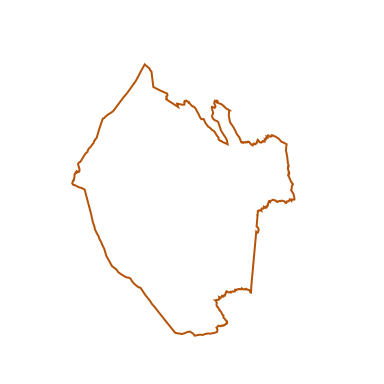 "Søndre Land" nor, Oppland, Norway (Robinson projection), rotated 61°
{"feature_id": "86288312B15696105865546", "entity_name": "\"Søndre Land\" nor", "entity_type": "district", "adm_level": 2, "iso_a3": "NOR", "parent_name": "Norway", "parent_adm1": "Oppland", "projection": "robinson", "projection_center": [10.325, 60.703], "detail": "fine", "context": "isolated", "style": "outline", "palette": "amber", "viewbox_px": 384, "rotation_deg": 61, "n_neighbors": 0, "source": "geoboundaries", "source_scale": "gbopen_adm2", "svg_char_len": 6049}
<svg xmlns="http://www.w3.org/2000/svg" viewBox="0 0 384 384"><g transform="rotate(61 192 192)"><path d="M187.2,90.4L184.3,92.0L181.4,94.1L181.0,94.7L181.6,94.9L182.0,95.5L181.5,96.0L181.5,96.8L180.3,97.6L179.6,97.7L179.3,98.2L179.9,98.9L180.9,99.4L180.2,99.8L180.9,99.9L180.7,101.1L181.3,101.2L181.3,101.6L181.9,102.0L181.9,102.6L181.4,102.9L181.9,103.1L182.6,103.9L183.1,104.1L182.6,105.0L182.0,105.0L181.8,105.3L181.9,105.7L182.2,105.8L182.0,106.6L182.4,107.1L181.8,108.3L181.0,108.8L179.6,108.8L178.3,109.2L179.2,110.5L179.9,110.8L180.5,111.6L180.4,112.5L181.0,113.1L181.0,113.4L180.0,114.1L180.1,114.8L179.6,115.0L180.1,115.9L180.7,116.4L180.6,116.6L178.2,117.4L176.0,117.7L175.7,118.3L175.1,118.5L175.0,119.1L175.4,119.3L175.4,119.5L174.5,120.4L174.7,120.9L174.4,121.1L174.5,121.4L173.8,122.3L173.9,123.0L173.2,123.1L172.7,123.6L172.6,123.9L173.0,124.4L172.6,124.8L167.0,124.1L163.5,124.7L156.3,124.3L149.2,124.9L142.3,122.5L141.5,121.7L138.8,120.1L138.6,119.9L138.7,119.7L137.4,120.3L136.7,121.1L134.7,121.9L132.1,122.7L131.6,122.6L131.0,123.2L129.4,123.7L127.0,125.9L126.1,126.0L125.3,125.6L124.6,125.6L124.0,126.2L124.4,126.5L124.5,126.9L125.0,127.2L123.4,127.9L124.6,129.2L125.3,129.6L127.9,129.8L129.0,130.3L129.4,131.4L127.3,133.0L127.2,133.3L127.9,133.9L132.8,135.1L133.4,135.4L135.0,137.4L136.1,137.9L137.4,138.1L139.2,137.8L140.3,137.2L142.4,135.6L143.9,135.2L152.1,136.8L156.9,136.6L160.0,136.3L162.7,136.3L164.0,136.5L167.5,137.7L162.6,141.4L161.5,141.6L161.3,141.8L161.4,142.0L160.7,142.6L159.4,143.1L158.4,143.1L157.7,142.5L156.2,142.5L154.8,142.9L150.8,143.0L148.9,143.4L147.7,144.3L145.0,145.0L142.5,146.2L138.2,146.8L133.9,146.4L132.9,148.5L130.4,148.8L126.9,148.4L123.7,148.6L122.4,148.4L119.7,148.5L117.9,149.2L117.4,150.1L113.0,151.2L112.5,151.7L111.9,151.1L111.5,151.5L110.9,151.7L110.4,152.3L109.3,152.8L109.4,153.1L109.2,153.3L109.5,153.9L109.2,154.2L109.3,154.5L109.1,154.6L109.6,155.2L110.0,155.1L111.9,156.3L111.0,158.1L107.5,162.2L110.9,162.9L98.4,169.6L97.8,169.2L97.7,168.5L96.1,168.3L95.9,168.0L96.0,167.5L95.4,166.5L93.9,166.0L88.4,170.2L81.4,174.9L66.9,169.0L64.8,169.6L63.5,169.3L57.5,171.5L61.1,177.4L64.6,182.6L67.6,187.3L74.0,200.7L76.2,206.5L82.3,220.0L83.0,221.7L83.4,224.2L83.6,228.4L84.4,232.0L84.8,233.0L84.8,234.1L84.6,234.5L92.3,243.0L98.4,249.1L99.2,251.4L99.6,251.7L100.1,253.0L101.2,254.0L103.7,259.7L103.9,261.1L104.3,261.7L105.2,263.1L106.2,263.8L106.7,266.4L107.4,267.8L111.1,274.3L111.5,275.4L111.3,275.9L112.1,278.1L117.7,279.4L119.2,280.4L119.3,280.6L119.0,280.8L119.0,281.5L119.4,281.7L119.1,282.2L118.5,282.5L118.8,282.6L119.2,283.4L118.3,283.9L118.3,284.2L119.3,284.8L119.6,285.4L119.4,285.7L119.5,286.0L120.5,286.8L122.1,287.6L122.7,288.4L124.3,289.4L124.3,289.6L124.5,289.9L124.3,290.5L126.5,292.6L128.4,292.3L128.5,292.0L128.9,291.4L132.8,288.8L135.0,286.6L137.8,284.7L162.2,290.9L170.2,293.3L175.8,294.3L177.3,295.0L183.3,295.3L184.8,295.1L188.0,295.7L192.8,295.8L194.5,296.1L199.1,296.3L206.4,297.9L218.1,297.9L223.0,295.7L226.2,295.4L228.8,294.3L234.1,291.3L235.3,290.3L236.0,289.1L237.8,287.8L241.4,287.7L244.4,287.0L249.5,285.0L249.7,284.4L250.7,283.5L259.9,282.7L266.9,281.5L270.0,281.4L274.7,280.4L290.1,277.9L306.9,275.0L308.3,273.5L311.3,269.7L312.0,266.6L312.2,264.0L313.0,261.5L316.6,259.6L319.0,259.3L320.6,254.3L322.3,251.7L322.6,248.9L323.2,247.9L323.3,246.9L325.0,244.3L325.2,243.0L326.0,241.3L326.5,238.0L324.9,236.5L322.4,236.3L322.1,234.4L321.7,233.7L323.4,232.0L323.1,231.0L323.8,230.3L324.1,229.6L324.1,229.4L323.7,229.4L324.2,227.7L323.9,227.3L323.7,226.1L323.8,225.8L324.0,225.7L323.9,225.2L323.2,225.0L323.3,224.7L322.5,224.5L322.2,224.1L321.3,224.2L320.6,224.7L318.5,224.9L317.3,225.4L316.7,225.3L315.2,224.3L314.6,224.8L311.0,224.7L308.6,225.3L308.1,224.9L306.7,225.3L306.0,225.1L303.9,225.7L301.9,224.9L300.9,224.0L298.6,223.8L298.2,224.0L298.5,223.4L298.2,222.9L298.6,222.4L299.2,220.6L298.9,219.8L297.9,219.6L297.8,219.2L297.2,219.1L298.5,218.2L297.8,216.5L297.5,216.2L298.4,215.7L298.1,215.4L298.4,214.9L297.8,214.3L297.9,213.9L298.5,213.5L298.2,213.1L297.4,212.4L297.4,212.1L296.7,211.3L296.2,211.1L296.3,210.7L295.6,209.9L296.4,209.3L297.4,208.9L297.8,207.9L298.5,207.2L298.2,207.1L298.0,206.7L298.4,206.2L298.7,204.8L298.6,204.7L299.5,203.6L299.7,202.6L299.5,202.1L298.5,201.8L299.2,200.7L298.9,200.4L299.2,200.1L299.2,199.5L299.5,199.0L299.4,198.4L299.6,197.8L300.1,197.6L300.5,196.6L301.0,196.1L300.8,195.7L301.2,195.0L300.9,194.9L302.2,194.1L302.8,192.6L303.0,192.5L302.8,191.9L303.1,191.3L304.0,191.2L304.8,190.2L305.9,189.3L308.2,189.6L308.6,189.2L302.4,185.3L258.1,155.2L259.2,155.0L259.4,154.8L259.4,154.4L259.2,153.7L257.9,152.7L257.7,152.1L255.3,151.5L253.6,152.3L245.0,146.5L244.4,146.4L244.1,145.8L243.5,145.8L243.2,145.3L240.7,143.7L240.9,143.3L240.6,143.1L240.6,141.9L241.3,141.5L241.6,140.6L242.0,140.4L241.1,140.1L240.9,139.9L241.0,139.7L240.2,139.0L241.1,137.7L240.8,136.9L240.0,136.4L240.6,136.2L240.5,135.9L241.3,135.7L241.6,135.2L241.7,134.8L240.7,134.5L240.7,133.9L241.3,133.8L241.1,133.4L241.2,133.2L240.2,132.5L240.2,131.8L239.1,131.2L238.7,130.8L238.3,129.9L237.7,129.6L237.8,129.2L238.4,128.8L237.4,128.5L238.0,127.5L238.0,124.9L239.8,123.3L239.8,123.1L241.6,122.6L241.6,122.3L242.1,121.9L241.9,121.5L242.1,121.1L242.0,120.7L242.3,119.7L243.0,118.8L242.8,118.4L242.9,117.9L244.2,116.4L245.0,115.8L247.2,115.2L247.3,114.8L246.2,113.7L247.0,111.6L245.8,110.0L246.5,109.5L248.0,109.2L247.6,108.8L247.1,108.5L246.9,108.1L248.1,106.6L248.2,106.0L245.9,105.0L242.7,104.2L238.2,104.4L237.5,103.2L235.3,101.9L235.1,101.3L233.8,100.3L234.0,100.0L233.8,99.9L232.4,100.2L231.7,100.1L231.1,100.5L229.1,100.1L227.9,100.2L226.5,99.8L224.1,99.9L223.9,99.1L223.3,98.9L223.5,98.6L223.3,98.4L222.5,98.4L222.1,98.1L222.2,97.8L221.7,97.8L221.4,97.4L220.1,97.4L217.7,96.6L217.7,96.4L216.6,95.8L216.7,95.7L216.7,95.3L216.4,94.9L212.3,93.9L211.8,93.4L210.0,92.9L209.4,92.4L207.6,91.9L206.9,91.4L205.7,91.2L205.2,90.9L200.9,89.6L200.2,88.9L199.5,88.6L196.1,86.1L193.0,88.1L191.5,89.4L187.2,90.4Z" fill="none" stroke="#b45309" stroke-width="2"/></g></svg>